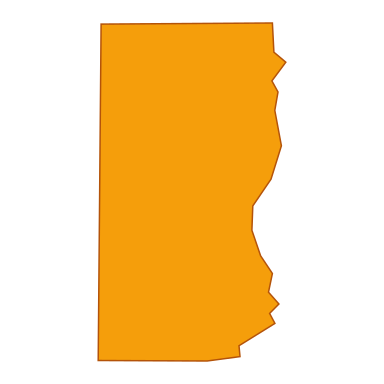 Edwards, Illinois, United States of America
{"feature_id": "52423323B63371987801895", "entity_name": "Edwards", "entity_type": "district", "adm_level": 2, "iso_a3": "USA", "parent_name": "United States of America", "parent_adm1": "Illinois", "projection": "robinson", "projection_center": [-87.988, 38.413], "detail": "fine", "context": "isolated", "style": "filled", "palette": "amber", "viewbox_px": 384, "rotation_deg": 0, "n_neighbors": 0, "source": "geoboundaries", "source_scale": "gbopen_adm2", "svg_char_len": 388}
<svg xmlns="http://www.w3.org/2000/svg" viewBox="0 0 384 384"><path d="M101.1,24.1L98.2,360.5L207.1,361.0L240.0,356.6L239.0,345.7L274.9,323.4L269.6,313.4L278.9,304.0L268.5,292.2L272.4,273.5L260.6,255.8L251.9,230.3L252.8,205.9L271.0,179.2L281.4,145.8L274.8,110.4L278.0,92.0L271.9,80.9L285.8,62.2L273.9,52.2L272.4,23.0L101.1,24.1Z" fill="#f59e0b" stroke="#b45309" stroke-width="1.5"/></svg>